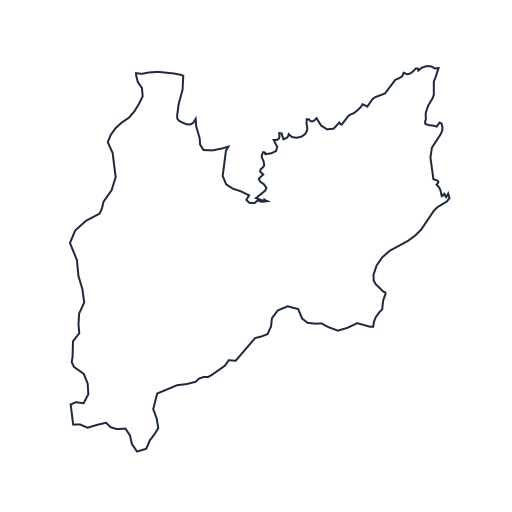 an SVG outline of Burgas, rotated 276°
{"feature_id": "BGR-2254", "entity_name": "Burgas", "entity_type": "Province", "adm_level": 1, "iso_a3": "BGR", "parent_name": "Bulgaria", "parent_adm1": "", "projection": "natural_earth1", "projection_center": [27.462, 42.445], "detail": "fine", "context": "isolated", "style": "outline", "palette": "slate", "viewbox_px": 512, "rotation_deg": 276, "n_neighbors": 0, "source": "natural_earth", "source_scale": "10m", "svg_char_len": 3349}
<svg xmlns="http://www.w3.org/2000/svg" viewBox="0 0 512 512"><g transform="rotate(276 256 256)"><path d="M333.7,442.4L330.1,440.0L323.6,431.4L319.5,428.1L299.5,417.5L292.9,412.1L286.9,405.5L275.4,388.7L268.0,381.8L259.3,377.0L249.7,374.8L243.8,375.6L240.3,378.2L234.3,385.8L233.6,387.2L233.3,388.4L232.2,388.9L225.6,387.2L219.5,387.0L216.4,387.2L212.2,384.0L207.6,381.5L202.7,380.1L197.9,380.0L197.9,379.9L197.6,376.4L199.8,363.7L194.1,354.4L190.3,345.2L192.9,335.2L195.8,328.1L194.9,322.2L194.9,314.3L198.6,308.4L207.6,303.5L209.3,292.7L204.1,283.3L195.9,278.4L187.4,278.3L179.5,275.6L176.5,269.8L174.3,263.7L149.7,246.7L149.5,239.8L143.7,236.6L133.0,224.3L130.7,221.1L130.2,216.7L128.2,212.2L124.6,209.2L121.4,200.5L119.2,190.9L108.9,172.1L93.0,169.8L84.0,174.2L74.6,176.8L68.0,173.6L61.4,169.6L52.8,167.0L49.1,158.1L55.9,152.3L64.4,149.4L70.7,144.2L69.3,135.7L70.5,129.3L74.5,124.3L71.4,115.5L67.6,106.4L70.1,98.5L69.2,91.8L89.0,87.2L91.8,92.3L91.5,99.9L101.0,103.7L111.6,101.9L120.8,97.0L126.6,86.6L131.3,83.8L136.7,84.1L152.1,82.9L160.7,88.3L169.6,86.6L180.3,86.1L191.7,90.0L204.9,86.8L217.6,81.5L233.3,78.3L249.5,69.6L262.6,73.6L273.3,83.3L281.8,96.0L287.6,97.9L293.9,98.6L306.3,105.5L319.7,108.2L343.6,102.6L353.7,96.7L361.1,98.8L368.1,102.7L374.6,108.4L380.4,115.3L387.5,120.1L395.1,123.7L403.0,126.6L411.1,125.0L416.8,120.2L423.4,117.8L425.3,117.6L425.2,123.2L427.4,130.6L428.9,139.6L428.9,156.0L428.3,162.4L427.6,164.8L413.7,165.6L399.1,163.2L387.1,162.9L384.3,163.4L382.3,165.5L380.5,170.3L379.7,174.0L380.0,177.1L381.9,179.7L386.1,181.7L378.9,182.9L367.0,187.7L360.9,188.8L355.9,192.7L356.5,201.7L359.5,211.3L361.9,217.1L357.5,215.1L332.1,214.5L324.2,218.8L320.6,225.8L318.7,234.3L315.6,242.8L310.8,240.5L308.2,243.8L308.4,248.9L311.7,252.2L310.7,254.5L310.5,256.3L311.7,261.5L312.5,259.0L312.9,258.5L312.7,258.5L311.7,257.1L313.6,250.0L322.1,258.4L324.9,259.2L328.2,256.3L330.4,252.3L333.1,250.7L337.9,254.7L340.4,251.2L342.7,251.6L344.9,253.6L347.0,254.7L350.9,253.7L353.5,252.1L356.2,251.1L360.0,252.2L359.9,253.9L359.6,254.3L359.1,254.2L358.2,254.7L359.8,260.6L362.5,264.9L366.7,265.7L373.2,261.5L373.7,264.8L375.2,266.5L377.6,266.9L380.6,266.2L380.6,268.8L379.1,269.2L374.9,271.1L376.9,274.5L378.1,275.3L380.6,275.8L378.1,279.2L377.8,283.9L379.4,288.7L382.5,292.2L386.5,293.8L389.7,293.4L393.0,292.4L397.4,292.2L397.4,294.3L395.8,296.2L395.8,298.1L397.0,299.9L399.4,301.8L392.6,307.0L389.4,313.4L390.7,319.8L397.4,325.0L396.2,325.9L396.1,326.2L395.6,327.5L405.4,333.5L406.9,335.7L408.2,338.2L411.3,341.5L415.0,344.6L418.1,346.2L417.5,347.4L416.8,350.1L416.2,351.1L424.3,355.5L426.4,357.9L431.1,367.3L445.8,376.1L447.6,379.4L449.9,382.6L453.7,383.7L452.5,387.5L453.9,390.7L456.5,393.3L459.3,395.4L459.4,397.2L459.0,397.6L458.3,397.6L457.4,398.0L460.5,401.1L462.6,405.5L462.9,410.3L461.2,414.4L462.0,417.9L452.2,415.8L448.1,414.6L434.8,416.0L431.1,415.0L423.8,411.6L417.1,410.0L414.6,409.9L409.4,410.7L408.3,410.3L407.2,410.1L406.1,410.3L405.0,410.7L404.2,414.1L404.2,418.8L403.6,422.2L407.9,424.6L407.1,426.7L403.6,428.0L400.1,428.1L396.4,426.9L382.1,419.6L372.1,419.2L350.9,424.4L350.2,427.8L349.3,429.5L347.8,429.5L345.8,428.1L343.5,430.8L340.8,432.5L334.9,434.5L335.3,435.3L336.0,435.8L336.9,436.2L337.6,436.7L336.7,437.5L335.1,438.3L334.4,439.0L338.2,440.6L333.7,442.4Z" fill="none" stroke="#1e293b" stroke-width="2"/></g></svg>